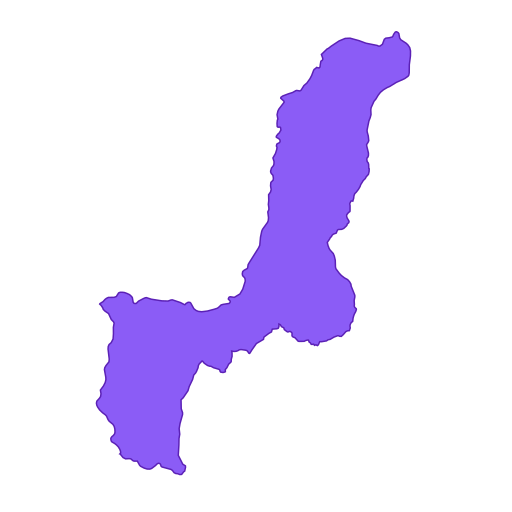 the district of Nimaima, Cundinamarca, Colombia, rotated 355°
{"feature_id": "7082276B59131277031860", "entity_name": "Nimaima", "entity_type": "district", "adm_level": 2, "iso_a3": "COL", "parent_name": "Colombia", "parent_adm1": "Cundinamarca", "projection": "orthographic", "projection_center": [-74.388, 5.135], "detail": "fine", "context": "isolated", "style": "filled", "palette": "violet", "viewbox_px": 512, "rotation_deg": 355, "n_neighbors": 0, "source": "geoboundaries", "source_scale": "gbopen_adm2", "svg_char_len": 6072}
<svg xmlns="http://www.w3.org/2000/svg" viewBox="0 0 512 512"><g transform="rotate(355 256 256)"><path d="M111.1,284.8L105.3,284.4L103.4,285.1L101.8,286.1L99.7,288.1L96.4,289.8L96.1,290.3L97.4,291.7L98.8,294.3L99.2,295.9L100.7,297.7L104.1,300.5L106.3,306.7L108.3,309.1L108.8,310.5L107.7,314.6L107.2,321.0L106.4,326.2L104.2,329.7L101.9,331.4L100.9,333.3L100.5,335.8L100.8,345.9L100.3,348.6L97.0,352.1L95.6,354.1L95.1,356.0L95.8,363.7L95.7,366.0L94.8,368.8L92.7,372.2L89.3,376.0L89.6,379.8L88.9,382.5L87.6,384.1L84.8,386.7L84.2,388.7L84.4,390.8L85.1,392.7L86.8,395.7L89.5,398.8L92.1,401.1L93.1,402.4L94.4,406.2L95.4,407.9L98.8,411.2L99.9,413.5L100.3,416.1L100.2,419.1L99.6,420.9L98.3,422.3L96.7,423.4L95.7,424.6L95.4,425.5L95.6,427.5L96.2,428.6L98.9,430.5L100.5,432.0L102.2,434.1L103.4,436.6L104.0,438.6L104.0,440.5L103.1,441.3L103.5,441.5L106.0,445.2L108.4,446.7L111.8,446.8L113.5,447.1L115.6,449.2L116.6,449.7L119.9,450.0L121.8,454.3L122.7,455.4L126.0,457.5L128.9,458.7L131.3,459.0L132.4,458.9L133.6,458.5L137.6,456.0L139.5,454.4L140.6,454.0L141.4,454.1L142.2,454.5L142.7,455.3L143.2,457.3L144.0,458.0L152.7,461.2L154.1,462.4L155.5,464.7L157.1,465.7L159.1,466.1L161.1,467.1L162.9,467.1L165.2,464.6L166.2,464.1L167.4,460.3L167.4,458.9L164.9,457.0L161.2,447.8L162.7,437.6L163.4,431.1L164.5,426.9L164.4,421.3L165.7,416.3L169.0,407.6L169.2,405.8L168.2,401.6L168.8,392.7L171.1,390.9L176.5,384.3L178.1,380.2L182.1,373.4L183.6,369.2L185.6,367.3L186.6,365.9L188.5,362.3L189.0,360.2L189.9,358.7L193.1,355.9L193.7,356.2L195.0,358.2L198.1,360.8L200.1,361.7L201.5,361.9L204.0,363.6L209.3,365.7L210.0,366.5L210.2,367.9L210.7,368.6L213.0,369.2L214.6,368.9L215.4,368.6L215.5,366.5L217.3,364.7L219.3,361.4L221.7,359.6L222.1,358.9L222.4,356.6L223.4,354.0L223.7,350.4L223.5,348.6L225.8,349.2L227.8,349.2L229.6,348.8L231.2,348.0L232.9,347.9L234.4,348.2L237.3,348.9L238.6,349.4L239.3,350.2L240.4,352.2L241.0,352.5L241.4,352.3L243.8,349.1L248.8,343.2L256.2,339.7L256.6,338.1L257.1,337.3L262.1,334.2L264.8,333.0L265.8,330.3L270.5,330.3L271.9,329.9L272.7,328.3L272.9,325.8L274.3,326.6L275.2,328.6L277.4,329.9L277.8,331.8L280.2,334.0L281.2,334.5L282.6,334.1L283.4,334.1L284.7,335.1L285.2,336.1L284.9,338.3L285.1,339.1L285.7,339.8L287.8,340.9L290.5,344.5L291.3,344.8L296.5,345.2L298.3,344.5L300.6,344.2L301.0,344.5L301.4,346.3L302.6,347.3L303.3,348.8L304.2,349.0L305.5,348.8L306.1,349.2L306.4,350.1L308.0,349.7L309.3,350.6L310.4,349.9L312.0,346.9L314.0,347.1L318.9,346.7L320.3,345.8L322.6,345.5L326.6,343.6L330.5,342.5L331.1,342.6L332.4,343.3L334.0,343.5L336.1,341.9L338.9,339.2L340.7,338.5L342.5,338.5L343.6,335.9L343.5,333.8L343.9,332.4L345.0,330.7L346.6,329.6L347.3,326.3L348.0,324.4L348.8,322.6L350.5,320.0L351.3,318.1L351.3,317.3L349.9,315.8L349.5,314.5L349.8,312.8L349.9,308.9L350.9,305.4L351.0,303.7L348.2,294.4L348.1,292.3L346.9,289.7L345.2,287.5L342.2,285.5L339.4,282.9L337.4,280.4L334.5,275.7L334.2,273.9L334.6,267.1L334.0,262.9L333.2,260.3L330.4,256.6L329.5,254.9L328.6,251.7L328.2,248.6L330.6,245.8L331.7,244.1L332.9,243.2L333.5,242.1L334.3,241.4L335.2,240.9L337.9,240.2L339.4,237.3L340.3,236.8L343.7,236.9L345.8,236.2L348.6,234.0L349.2,233.4L349.7,232.1L351.3,230.9L351.7,229.9L351.6,229.2L350.2,226.3L349.8,224.8L349.8,223.7L350.0,222.8L351.9,220.8L353.4,219.9L353.6,219.3L354.1,214.0L353.9,212.3L354.1,211.7L355.4,209.6L356.4,209.5L357.2,209.8L358.3,207.1L358.8,204.6L359.8,202.5L361.5,201.1L363.9,198.5L365.7,195.9L366.5,194.1L369.5,190.1L371.6,188.4L372.7,186.7L375.1,184.5L376.0,181.8L376.4,179.0L376.0,178.6L376.2,174.5L375.9,173.0L375.0,171.7L374.8,169.3L375.2,168.0L376.2,167.1L376.8,165.5L377.0,163.3L375.9,156.0L375.9,154.7L377.7,152.3L378.4,150.9L378.3,146.1L377.6,142.2L377.6,140.3L380.3,131.2L381.8,128.2L382.9,125.2L383.1,120.5L383.6,118.3L387.0,112.2L389.1,110.1L391.7,106.5L394.2,103.8L397.5,101.5L401.4,99.6L403.9,98.8L410.9,95.3L419.5,92.3L423.1,90.2L424.0,89.1L424.6,86.9L425.4,78.8L427.3,70.2L427.8,65.2L427.3,61.8L425.7,58.9L424.2,57.2L419.1,53.2L418.1,51.3L417.7,46.9L417.1,45.9L415.7,44.9L414.7,44.9L414.2,45.1L412.5,47.1L411.3,49.3L410.7,49.7L407.6,50.2L404.3,50.3L402.7,51.3L400.4,56.1L397.7,57.7L396.4,57.6L395.1,56.8L384.1,53.6L377.3,50.4L368.7,47.2L363.8,47.0L357.5,49.0L349.4,53.4L346.1,55.5L344.9,55.9L338.7,60.9L339.7,64.8L339.6,66.0L338.9,67.0L338.1,67.2L337.5,67.9L336.7,71.0L336.3,73.2L335.1,74.2L332.8,73.4L331.6,74.4L330.3,75.1L329.6,76.0L327.2,81.0L325.2,84.1L321.8,88.1L318.6,90.4L315.3,94.8L314.0,95.4L311.0,94.6L310.0,94.8L306.7,96.3L302.2,97.3L296.6,98.9L294.6,100.1L294.4,101.0L297.3,104.2L297.4,105.3L291.6,111.6L290.4,113.6L289.3,117.1L289.7,121.5L289.1,122.5L288.5,125.7L288.4,128.8L288.7,129.3L289.3,129.6L291.1,129.7L291.6,130.1L291.8,132.7L289.8,135.5L288.6,136.3L287.1,137.9L286.7,138.5L286.5,139.2L286.9,139.7L289.0,141.2L289.6,142.0L290.0,142.6L290.0,144.0L289.3,145.1L286.8,146.1L286.4,146.6L285.9,148.2L286.4,149.6L285.9,151.8L284.3,155.6L281.4,159.8L282.2,163.5L281.9,165.9L281.4,167.3L279.1,169.7L278.0,172.5L277.9,173.5L278.4,175.1L279.9,177.1L280.1,180.1L279.6,182.0L277.4,183.8L277.1,184.4L276.6,187.4L276.9,191.2L276.0,193.6L273.9,196.0L273.5,202.1L272.8,205.6L273.0,209.3L272.8,211.0L271.6,213.1L271.8,218.9L271.3,221.7L270.5,223.4L264.9,229.9L263.9,231.7L262.1,237.7L260.7,245.6L259.2,248.2L248.5,262.3L247.4,263.9L246.6,267.2L246.0,267.8L243.0,269.1L241.4,270.3L240.8,272.4L240.8,273.7L241.2,274.8L242.7,276.6L243.1,277.8L243.1,280.1L239.9,287.9L236.7,292.4L230.8,295.3L227.0,294.4L226.0,294.5L225.5,294.8L224.8,295.9L224.7,296.6L226.2,298.4L226.4,299.2L226.0,300.1L225.1,300.9L219.1,301.3L217.0,301.7L214.1,304.0L212.8,304.7L209.7,305.4L202.8,306.6L197.0,306.8L193.6,306.1L191.5,305.0L189.5,303.1L186.9,297.2L186.1,296.4L184.3,296.2L182.1,297.2L181.2,298.2L180.5,298.2L176.7,295.8L168.9,292.4L167.5,292.4L164.5,293.2L158.4,292.5L147.9,289.9L143.2,287.9L141.9,288.0L140.1,288.6L135.1,290.7L132.6,292.8L131.5,292.8L130.3,292.5L129.6,291.4L129.2,286.8L128.6,285.6L126.7,283.5L124.3,282.1L121.7,280.9L119.7,280.5L117.5,280.3L115.9,280.8L113.3,284.2L111.1,284.8Z" fill="#8b5cf6" stroke="#5b21b6" stroke-width="1.5"/></g></svg>